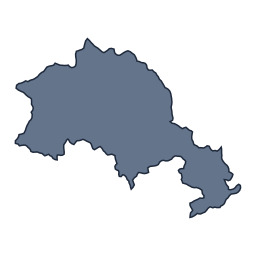 Machado, Minas Gerais, Brazil
{"feature_id": "56859067B17778332450588", "entity_name": "Machado", "entity_type": "district", "adm_level": 2, "iso_a3": "BRA", "parent_name": "Brazil", "parent_adm1": "Minas Gerais", "projection": "robinson", "projection_center": [-45.896, -21.677], "detail": "fine", "context": "isolated", "style": "filled", "palette": "slate", "viewbox_px": 256, "rotation_deg": 0, "n_neighbors": 0, "source": "geoboundaries", "source_scale": "gbopen_adm2", "svg_char_len": 4590}
<svg xmlns="http://www.w3.org/2000/svg" viewBox="0 0 256 256"><path d="M87.4,38.6L85.6,41.0L84.9,43.6L84.4,45.3L83.8,48.1L81.7,49.6L79.8,50.1L78.4,50.7L76.4,51.3L75.6,54.1L75.7,56.6L76.1,58.7L76.3,60.6L76.1,63.9L75.4,66.1L73.6,67.3L71.6,67.6L69.5,66.6L68.3,65.1L66.6,65.4L64.3,65.5L62.4,65.3L60.1,65.2L57.6,64.2L55.1,63.2L53.6,65.2L51.6,65.7L49.1,66.2L46.8,67.1L45.3,69.3L43.7,71.5L41.6,72.5L39.5,74.3L37.7,76.6L35.9,77.8L34.6,78.7L32.7,79.6L30.4,80.2L28.0,81.6L25.6,80.9L23.4,82.2L21.1,83.2L18.9,83.5L16.6,85.2L16.1,88.2L18.3,90.0L20.0,90.8L21.5,91.6L23.2,92.2L24.6,93.4L26.2,95.1L28.3,96.8L30.0,97.7L31.4,98.9L31.6,101.9L31.5,104.3L32.4,105.8L33.2,107.4L32.9,110.0L31.2,112.2L32.2,114.2L32.0,117.5L31.1,119.5L29.3,121.3L28.1,123.7L27.0,125.7L26.3,127.5L25.4,130.4L23.9,133.3L21.4,134.1L19.0,134.6L18.6,136.6L17.3,138.8L15.4,140.8L15.4,143.4L18.1,144.1L19.4,145.8L22.7,145.2L25.1,145.1L26.7,145.9L28.1,147.5L29.3,148.4L30.4,149.8L30.9,151.4L32.9,152.2L35.3,152.1L37.5,152.0L39.7,153.0L42.2,153.5L43.5,154.8L44.9,155.8L46.9,155.0L48.7,154.3L49.9,155.6L51.7,156.4L53.0,158.4L55.2,159.6L57.2,159.9L57.0,157.0L57.3,155.1L59.1,155.0L60.8,155.4L62.6,155.1L64.1,154.1L64.2,152.1L64.0,150.3L63.7,147.3L63.8,144.7L64.8,143.3L65.8,141.9L66.6,140.1L67.9,139.1L69.0,140.4L69.8,142.1L71.8,143.7L73.9,144.5L75.2,142.8L76.8,140.8L79.2,140.6L81.0,140.1L82.6,139.4L84.2,139.7L86.0,140.8L88.1,141.8L90.0,142.6L91.1,143.9L91.9,146.2L92.8,148.6L94.4,149.7L96.2,148.7L97.7,147.7L100.2,146.5L102.1,148.5L103.4,150.8L104.9,152.0L106.3,153.9L107.8,155.0L109.7,154.6L111.9,154.2L114.9,155.6L115.4,158.9L116.2,161.3L117.0,163.7L115.7,164.9L114.9,166.5L115.4,169.1L116.8,170.0L118.4,170.6L119.0,172.5L118.7,174.3L119.3,176.4L121.1,176.6L122.6,174.8L124.2,175.1L126.0,176.7L127.3,179.7L128.8,180.9L129.1,182.9L130.2,185.2L130.6,187.4L131.2,189.2L132.9,187.4L134.3,184.9L133.4,182.3L132.6,180.1L134.3,177.8L136.6,176.1L137.4,174.0L138.6,172.5L140.9,172.8L142.6,173.3L144.3,173.6L146.2,173.3L148.6,172.4L148.1,170.0L147.8,167.8L150.0,166.4L152.6,166.1L154.5,165.9L156.4,165.5L158.3,164.5L159.6,162.2L161.5,160.7L163.3,160.3L165.7,160.9L168.0,160.8L169.8,160.0L171.5,159.2L172.9,157.4L174.9,156.0L176.5,156.0L178.5,156.3L180.6,156.4L181.9,157.4L183.1,158.9L184.6,160.0L185.7,161.4L185.4,163.4L184.1,166.1L183.6,168.6L181.6,168.6L179.7,169.1L178.4,170.4L179.4,172.7L181.3,173.6L182.1,177.6L181.3,179.5L182.1,181.1L182.7,183.0L184.7,183.6L186.7,184.2L188.2,185.2L189.8,186.0L192.0,187.2L194.3,187.7L196.5,187.5L199.4,188.5L201.9,190.2L202.4,193.7L204.0,195.7L203.8,197.9L201.9,198.3L200.0,198.0L198.1,199.2L196.2,200.0L194.0,201.0L191.8,202.5L190.0,203.1L190.0,205.2L190.8,207.0L191.8,208.7L192.7,210.4L191.7,211.6L190.6,212.8L190.2,215.0L190.0,217.4L191.9,217.0L194.4,215.7L195.9,214.6L197.3,213.4L198.9,213.9L200.8,213.9L202.6,213.0L204.9,212.1L206.7,210.2L207.9,208.4L210.1,206.8L212.9,207.8L214.6,207.1L216.9,207.6L219.9,207.5L220.9,206.0L222.6,205.2L224.3,203.6L225.2,201.5L226.1,199.4L227.9,197.9L229.3,195.8L231.2,194.0L234.5,193.6L236.2,193.2L238.0,192.2L239.7,190.3L240.6,187.8L240.3,185.4L238.7,184.3L236.7,185.7L235.1,187.8L233.3,189.1L231.6,189.5L230.1,189.8L228.4,189.3L228.4,187.0L227.0,185.4L226.0,184.0L225.4,182.2L224.3,179.6L226.4,179.8L228.2,180.7L230.3,179.9L231.3,178.3L232.3,176.5L232.9,174.3L231.4,173.0L228.9,171.7L228.8,169.0L228.0,166.8L226.9,165.3L225.1,163.8L223.3,161.6L221.9,159.2L221.6,157.3L221.9,155.5L221.6,153.5L221.6,151.4L221.6,149.0L221.2,147.1L219.3,149.5L217.2,151.1L215.1,150.5L212.9,150.9L211.2,149.9L210.2,148.3L209.1,146.2L207.1,145.8L205.9,146.8L203.7,148.0L200.9,147.7L198.8,147.7L197.2,146.1L195.7,145.4L193.9,144.5L193.0,141.5L191.8,139.2L191.7,136.6L192.1,133.8L192.5,131.9L191.2,130.8L189.6,130.4L188.2,129.2L186.0,127.3L184.1,127.8L182.6,128.7L180.3,127.4L178.5,125.9L176.2,124.5L174.3,123.6L172.0,123.2L170.1,121.6L172.5,120.3L173.0,118.3L172.6,116.5L172.0,114.2L171.9,112.0L171.6,110.0L171.1,107.2L171.7,104.4L171.9,102.2L171.7,99.6L171.5,97.7L171.1,95.8L170.8,93.8L169.8,91.2L168.3,89.4L166.6,88.3L165.0,87.6L163.7,85.1L162.3,82.8L161.2,80.9L159.4,79.3L158.2,76.6L156.8,75.0L155.7,72.9L153.8,71.7L152.3,70.0L150.2,70.2L148.4,70.0L147.0,67.9L146.6,65.2L145.4,63.5L143.7,62.8L141.4,62.6L139.2,61.5L137.0,61.1L136.4,58.9L135.4,56.6L134.2,54.7L132.1,53.2L130.2,51.7L127.9,50.8L125.6,51.6L123.5,52.8L121.3,54.3L119.6,55.3L117.6,55.2L115.8,54.1L114.6,52.6L114.0,49.1L111.4,48.4L109.3,48.7L107.6,50.3L106.0,51.4L104.0,52.6L102.1,51.9L100.3,50.3L97.8,48.1L95.6,46.8L94.3,45.9L92.7,44.1L90.9,42.3L89.4,40.5L87.4,38.6Z" fill="#64748b" stroke="#1e293b" stroke-width="1.5"/></svg>